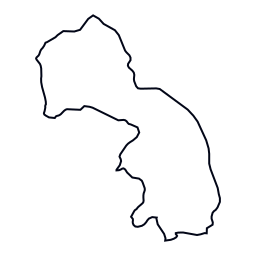 the border of Kukës
{"feature_id": "ALB-1502", "entity_name": "Kukës", "entity_type": "County", "adm_level": 1, "iso_a3": "ALB", "parent_name": "Albania", "parent_adm1": "", "projection": "mercator", "projection_center": [20.174, 42.189], "detail": "fine", "context": "isolated", "style": "outline", "palette": "ink", "viewbox_px": 256, "rotation_deg": 0, "n_neighbors": 0, "source": "natural_earth", "source_scale": "10m", "svg_char_len": 2182}
<svg xmlns="http://www.w3.org/2000/svg" viewBox="0 0 256 256"><path d="M212.6,224.7L206.9,228.2L206.7,233.3L204.6,233.1L200.7,234.3L197.0,235.0L183.0,232.5L178.3,232.6L175.8,233.1L175.8,234.1L176.5,234.9L177.1,235.9L176.2,237.3L173.9,238.7L170.8,239.8L165.2,240.6L165.5,238.3L164.1,233.9L157.7,224.3L156.4,218.5L156.7,217.6L152.2,217.1L148.9,218.6L147.4,220.3L146.1,222.3L144.3,224.3L141.9,225.8L137.8,226.8L135.3,226.5L133.6,225.0L132.9,223.4L132.7,221.9L132.9,220.9L132.9,219.7L132.8,218.9L131.1,216.8L134.1,211.3L134.7,210.4L135.4,209.8L136.1,209.4L136.8,208.8L137.4,207.9L138.3,206.9L142.6,203.2L143.3,202.2L143.6,200.7L143.4,197.7L143.4,195.4L143.7,193.3L144.3,191.7L144.8,190.0L144.7,188.2L142.7,182.6L141.8,180.7L139.0,178.6L132.3,177.5L127.1,172.5L125.2,169.5L123.6,168.4L122.3,168.6L120.8,169.5L119.0,170.2L116.5,170.4L116.5,169.8L119.8,165.2L121.1,161.1L120.7,159.1L119.5,156.7L120.3,154.3L126.3,145.5L128.0,143.7L130.0,142.2L132.9,140.4L136.8,137.1L139.2,132.5L137.5,127.4L130.7,124.4L128.7,123.9L127.6,122.7L126.6,121.3L125.3,120.3L123.7,119.9L118.3,120.3L92.6,107.7L89.6,106.8L84.3,106.1L80.4,109.8L67.0,109.2L65.6,109.7L64.1,110.8L60.8,114.2L59.5,115.1L58.3,115.6L57.3,115.8L56.5,116.1L55.9,116.4L54.8,118.0L49.0,117.4L45.8,115.6L44.3,114.5L43.9,113.2L44.6,111.1L45.1,108.6L45.3,107.5L45.2,106.2L45.4,105.2L45.9,104.3L45.8,101.7L45.0,97.5L42.1,87.1L41.2,82.2L41.1,78.6L41.4,76.2L41.2,68.4L40.7,65.8L40.0,64.0L36.5,59.5L36.1,58.4L36.5,57.5L38.6,55.5L39.3,54.2L40.3,51.2L40.9,50.0L41.7,48.9L42.6,48.0L43.4,46.8L44.1,45.8L45.5,42.7L46.9,42.2L55.5,37.2L57.6,35.1L63.3,31.1L74.3,31.5L80.1,29.8L88.2,18.9L93.1,15.4L98.9,18.7L103.6,23.9L114.9,30.2L118.7,35.0L118.8,35.1L125.1,50.6L126.4,52.3L129.4,55.3L130.5,57.6L130.5,60.2L128.1,63.8L127.9,65.7L128.9,67.6L132.4,70.7L133.8,72.6L134.3,74.9L133.9,79.1L134.2,81.2L136.2,86.3L138.0,88.3L140.7,88.7L156.2,88.4L159.7,89.0L187.7,109.6L191.5,113.7L193.3,115.6L197.6,121.6L206.2,140.3L208.6,148.4L209.2,153.8L209.2,163.6L210.6,169.3L217.7,188.0L218.8,194.1L219.9,198.1L219.9,201.9L217.5,207.5L215.7,209.9L214.0,211.1L212.6,212.8L211.6,216.5L211.6,218.7L212.8,222.4L212.6,224.7Z" fill="none" stroke="#020617" stroke-width="2"/></svg>